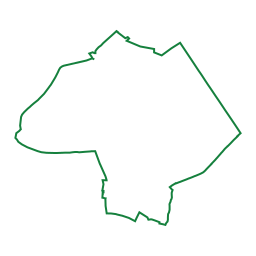 Serrekunda West, Banjul, Gambia (Mercator projection)
{"feature_id": "56634734B71497134195207", "entity_name": "Serrekunda West", "entity_type": "district", "adm_level": 2, "iso_a3": "GMB", "parent_name": "Gambia", "parent_adm1": "Banjul", "projection": "mercator", "projection_center": [-16.697, 13.446], "detail": "fine", "context": "isolated", "style": "outline", "palette": "green", "viewbox_px": 256, "rotation_deg": 0, "n_neighbors": 0, "source": "geoboundaries", "source_scale": "gbopen_adm2", "svg_char_len": 3007}
<svg xmlns="http://www.w3.org/2000/svg" viewBox="0 0 256 256"><path d="M117.7,32.0L116.5,31.1L113.8,33.6L103.2,43.1L101.1,45.4L98.6,47.2L96.6,49.4L95.4,51.1L95.4,53.1L94.3,53.1L92.7,52.3L89.3,53.5L91.5,56.5L92.5,58.5L93.6,59.0L94.3,59.3L92.1,58.4L86.5,60.5L63.8,65.7L62.1,66.4L60.3,67.7L59.1,69.6L57.8,72.5L55.4,77.2L54.1,79.4L50.7,85.0L50.1,85.7L48.3,88.2L44.0,93.9L39.0,98.9L38.6,99.4L37.8,100.2L34.0,103.2L31.2,105.6L30.1,106.7L27.8,108.6L24.2,112.1L23.6,112.8L22.1,114.6L21.1,116.9L20.1,125.6L20.7,129.0L20.8,129.2L19.3,130.9L16.3,133.2L16.0,134.9L15.4,137.9L15.6,138.2L16.9,139.5L18.3,141.8L21.9,144.4L27.4,147.3L37.6,151.1L41.3,152.2L46.5,152.8L54.6,153.0L56.7,153.0L61.9,152.8L64.4,152.7L68.7,152.7L69.5,152.7L73.0,152.2L75.1,152.0L76.6,152.0L77.2,152.0L79.2,152.3L85.1,151.8L90.8,151.4L91.0,151.3L95.2,151.2L99.6,163.2L100.0,164.2L100.1,164.3L105.5,176.4L105.9,177.7L106.6,180.1L106.6,180.3L102.6,180.2L103.5,184.2L102.4,190.2L102.3,190.5L103.5,190.8L103.5,191.7L103.5,192.3L102.8,192.3L102.8,192.6L102.7,192.5L102.4,197.7L103.6,197.9L104.4,198.2L105.5,198.4L105.4,198.6L105.4,198.8L105.6,206.0L106.7,213.4L111.2,213.5L111.3,213.5L115.9,214.1L117.1,214.5L121.7,215.6L121.9,215.6L128.8,217.9L129.4,218.2L129.6,218.3L135.1,221.2L136.7,217.7L139.4,212.3L141.9,213.9L146.3,216.7L147.4,217.4L148.4,219.7L148.5,219.7L151.0,219.3L152.1,219.5L154.7,220.4L155.0,220.5L159.5,222.2L159.4,223.5L163.2,224.3L165.4,224.9L165.5,224.7L166.0,223.4L166.5,222.7L167.0,222.1L167.4,221.7L167.5,221.6L167.6,221.1L167.9,219.7L167.9,219.0L167.9,217.3L168.1,214.1L169.0,212.4L169.1,211.9L169.4,210.7L169.5,210.2L169.6,209.7L169.6,208.4L169.6,207.7L169.6,207.3L169.6,206.0L169.5,204.3L169.5,204.2L169.7,203.5L170.5,201.8L170.9,199.9L171.2,199.5L171.5,199.0L171.9,197.3L171.8,196.4L171.7,194.1L171.7,193.0L171.8,192.4L172.6,190.0L171.9,189.5L169.8,187.1L172.1,185.4L175.6,183.3L175.7,183.5L176.3,183.3L178.1,182.6L179.1,182.2L179.8,182.0L180.8,181.6L182.3,181.0L183.6,180.5L185.2,179.9L187.0,179.2L188.6,178.5L189.2,178.3L189.3,178.3L191.1,177.6L191.9,177.3L192.1,177.2L193.1,176.8L194.0,176.4L195.0,176.0L195.4,175.9L199.7,174.1L200.1,173.9L200.4,173.8L200.8,173.6L203.1,172.4L203.3,172.2L203.5,172.1L204.6,171.1L205.4,170.4L205.8,169.8L206.2,169.5L206.3,169.3L206.5,169.1L208.8,166.7L211.2,164.3L211.3,164.2L211.2,164.1L215.7,159.4L215.8,159.2L216.6,158.3L217.4,157.5L217.5,157.3L220.9,153.4L221.0,153.2L221.6,152.6L222.2,152.0L224.4,149.4L224.5,149.2L226.0,147.7L226.8,147.0L227.0,146.8L227.2,146.5L227.3,146.5L227.7,146.1L227.8,146.1L228.2,145.7L230.3,143.6L232.2,141.6L233.8,139.9L237.4,136.5L237.5,136.4L237.3,136.2L240.6,133.2L235.1,124.9L229.1,116.0L228.7,115.4L224.8,109.7L223.9,108.3L221.5,104.7L219.7,102.0L215.8,96.3L210.3,88.1L209.9,87.5L208.3,85.2L205.7,81.3L202.2,75.9L200.6,73.5L198.7,70.8L190.5,58.4L185.9,51.5L180.1,42.8L171.4,48.3L161.7,55.4L154.1,52.4L154.1,49.3L154.1,49.0L140.3,46.5L126.7,40.8L129.1,38.5L127.7,37.1L125.3,38.2L117.5,32.2L117.7,32.0Z" fill="none" stroke="#15803d" stroke-width="2"/></svg>